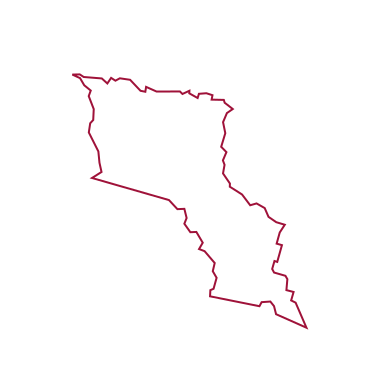 Yuba, California, United States of America (orthographic projection), rotated 106°
{"feature_id": "52423323B63323326586067", "entity_name": "Yuba", "entity_type": "district", "adm_level": 2, "iso_a3": "USA", "parent_name": "United States of America", "parent_adm1": "California", "projection": "orthographic", "projection_center": [-121.36, 39.279], "detail": "fine", "context": "isolated", "style": "outline", "palette": "rose", "viewbox_px": 384, "rotation_deg": 106, "n_neighbors": 0, "source": "geoboundaries", "source_scale": "gbopen_adm2", "svg_char_len": 1216}
<svg xmlns="http://www.w3.org/2000/svg" viewBox="0 0 384 384"><g transform="rotate(106 192 192)"><path d="M290.9,44.6L269.8,61.9L268.9,66.8L260.1,66.8L260.3,74.2L249.5,76.3L246.8,79.1L246.8,90.9L243.9,93.7L235.6,93.7L235.7,90.8L218.3,90.9L218.3,96.4L206.7,96.5L197.9,93.8L197.8,102.7L194.8,111.6L187.4,117.7L185.2,126.8L188.7,132.4L180.6,143.2L176.5,157.1L173.4,157.9L165.6,167.3L156.9,168.2L153.1,171.0L144.2,169.9L140.5,176.4L126.3,176.2L116.3,181.4L106.5,180.2L101.0,175.7L97.2,185.2L94.7,186.8L97.8,198.6L93.3,199.0L93.1,205.4L95.7,212.4L100.1,212.5L97.9,221.8L95.4,222.4L100.4,228.2L98.7,231.3L105.2,253.8L103.6,265.1L108.5,264.5L108.9,269.4L101.2,282.4L102.6,292.7L106.1,296.3L104.6,301.2L111.0,303.3L107.7,310.0L111.3,327.8L109.9,332.3L112.1,339.4L113.4,331.0L119.1,325.0L122.4,317.3L128.3,317.7L139.4,309.3L150.0,306.8L154.0,308.8L163.2,307.6L178.8,293.2L189.4,289.0L197.7,284.5L206.1,292.0L206.1,211.9L212.5,201.3L210.3,194.7L218.5,190.0L224.6,190.6L231.1,182.5L229.2,176.8L237.8,167.7L244.9,169.5L245.4,163.6L254.0,150.6L262.4,150.2L267.7,144.7L279.1,144.6L281.3,147.3L287.3,145.9L283.2,95.7L278.7,94.7L275.7,86.5L279.1,81.7L286.3,77.5L290.9,44.6Z" fill="none" stroke="#9f1239" stroke-width="2"/></g></svg>